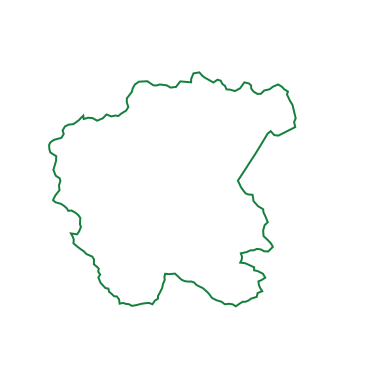 Caconde, São Paulo, Brazil, rotated 245°
{"feature_id": "56859067B24712398589608", "entity_name": "Caconde", "entity_type": "district", "adm_level": 2, "iso_a3": "BRA", "parent_name": "Brazil", "parent_adm1": "São Paulo", "projection": "albers", "projection_center": [-46.63, -21.556], "detail": "fine", "context": "isolated", "style": "outline", "palette": "green", "viewbox_px": 384, "rotation_deg": 245, "n_neighbors": 0, "source": "geoboundaries", "source_scale": "gbopen_adm2", "svg_char_len": 2777}
<svg xmlns="http://www.w3.org/2000/svg" viewBox="0 0 384 384"><g transform="rotate(245 192 192)"><path d="M305.0,202.1L311.3,198.3L314.4,190.5L313.6,185.7L311.0,182.1L308.1,179.7L304.4,172.5L300.8,170.8L295.9,170.2L293.6,166.7L293.0,161.2L292.0,157.3L293.7,154.9L294.6,150.8L298.4,147.3L296.5,142.4L296.7,136.2L301.1,133.0L303.2,129.2L303.9,124.7L307.1,125.7L306.2,123.0L304.9,119.8L303.6,113.3L305.2,108.6L305.1,104.6L302.5,100.8L298.7,100.2L296.3,96.5L297.1,91.9L297.6,88.8L296.9,84.9L295.2,82.5L291.4,80.9L287.8,80.3L285.1,81.9L281.9,84.1L277.7,82.0L270.6,75.7L264.3,75.4L260.3,77.9L257.5,77.3L254.3,74.3L249.6,72.6L246.6,66.6L243.3,62.6L240.4,63.9L236.5,68.4L232.9,70.5L230.0,71.7L227.2,71.9L226.2,74.9L222.8,77.4L219.1,79.2L215.7,79.8L210.1,76.8L207.3,76.6L204.0,73.0L202.2,70.0L205.6,64.8L201.7,65.0L199.0,64.8L195.6,62.9L190.9,65.0L187.0,67.1L184.0,68.9L180.4,70.1L175.6,74.3L172.4,74.7L167.9,72.5L164.8,74.1L162.0,75.1L159.4,73.3L156.1,73.9L154.1,71.0L148.2,70.8L144.4,72.0L141.4,73.0L139.8,75.4L136.6,74.7L133.9,76.0L130.5,77.3L129.1,79.7L125.5,80.5L121.4,79.2L120.6,82.6L118.4,85.0L117.0,87.4L114.2,89.4L113.0,93.7L112.2,98.1L111.5,100.9L110.6,103.6L109.5,106.3L107.0,108.7L109.2,112.4L109.7,116.0L112.1,117.2L114.1,120.0L117.7,124.5L120.8,126.7L123.9,130.2L126.5,131.0L129.2,133.1L127.4,136.1L125.2,142.1L121.7,143.5L117.0,145.4L114.3,147.7L112.5,150.5L111.2,153.5L109.2,155.6L105.8,156.8L102.6,159.3L100.5,161.1L94.7,163.7L90.9,164.7L87.6,165.3L83.5,168.5L80.0,172.4L76.4,174.3L75.0,178.4L73.0,181.4L69.9,183.4L70.6,187.4L71.1,191.5L69.9,194.2L69.8,197.4L70.4,200.6L69.6,206.3L72.7,208.8L72.4,213.7L76.6,213.2L79.8,213.4L82.9,214.5L82.8,217.9L83.4,222.2L88.0,221.7L92.6,218.1L94.8,215.2L97.5,216.5L100.8,213.7L104.9,210.2L107.6,205.9L109.4,208.2L111.9,209.9L115.8,210.4L114.5,215.9L114.4,220.5L113.1,223.2L113.0,226.8L110.9,230.1L107.9,232.2L105.9,235.9L108.1,242.1L111.6,241.9L116.1,240.5L121.8,238.2L127.2,240.3L131.3,243.9L132.6,247.9L137.3,248.2L143.6,248.2L146.2,249.2L148.7,247.6L151.3,245.8L154.6,244.9L157.7,243.9L161.0,244.9L163.9,245.7L166.2,241.7L168.3,239.9L171.4,239.2L175.7,238.4L182.9,238.4L189.9,249.7L193.6,255.6L200.4,266.5L212.9,285.2L213.9,289.0L208.8,290.6L206.6,294.1L207.2,313.0L212.3,314.1L214.9,317.1L228.6,319.9L233.1,319.3L236.5,319.3L240.3,319.3L242.5,321.4L246.1,319.0L249.3,318.0L253.1,315.5L253.2,309.7L252.3,305.6L253.5,300.4L251.9,295.9L253.2,292.8L257.0,290.2L260.7,289.4L263.7,290.6L266.4,289.4L269.2,285.7L265.7,279.5L265.3,273.6L268.5,270.0L270.5,266.6L274.1,266.8L277.3,265.1L280.7,265.1L283.0,262.6L282.2,257.7L290.0,252.1L292.9,250.5L297.3,249.2L298.9,243.5L294.9,239.1L291.8,237.5L297.2,228.1L294.0,221.9L295.7,216.7L299.3,214.2L303.1,208.2L303.5,205.0L305.0,202.1Z" fill="none" stroke="#15803d" stroke-width="2"/></g></svg>